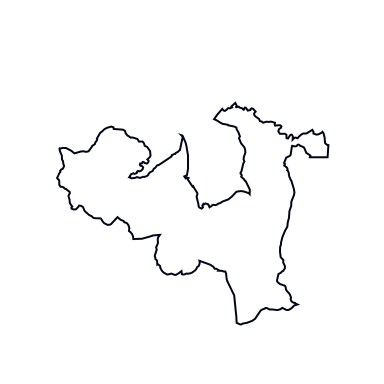 the district of Xochiltepec, Puebla, Mexico, rotated 112°
{"feature_id": "50627088B32786455313367", "entity_name": "Xochiltepec", "entity_type": "district", "adm_level": 2, "iso_a3": "MEX", "parent_name": "Mexico", "parent_adm1": "Puebla", "projection": "albers", "projection_center": [-98.341, 18.653], "detail": "fine", "context": "isolated", "style": "outline", "palette": "ink", "viewbox_px": 384, "rotation_deg": 112, "n_neighbors": 0, "source": "geoboundaries", "source_scale": "gbopen_adm2", "svg_char_len": 6035}
<svg xmlns="http://www.w3.org/2000/svg" viewBox="0 0 384 384"><g transform="rotate(112 192 192)"><path d="M272.2,197.0L271.7,196.7L272.4,194.2L272.7,193.8L274.4,192.8L276.5,190.1L277.3,188.1L277.8,184.3L277.5,183.4L275.4,180.6L275.3,177.0L274.9,175.9L272.3,173.9L269.3,172.1L272.0,170.6L271.8,169.2L271.4,168.4L269.7,166.6L269.5,165.6L268.2,163.3L266.7,161.7L263.4,159.7L262.2,159.3L259.4,159.0L258.3,158.1L256.8,158.0L254.6,158.4L253.0,159.3L252.6,147.7L253.4,144.0L254.6,142.4L254.6,141.9L254.1,140.9L254.5,137.1L254.8,137.3L254.0,135.0L253.8,132.8L253.3,131.3L254.8,129.9L260.1,127.0L261.2,126.1L272.0,114.2L291.0,104.2L296.6,101.6L296.7,97.8L296.5,97.0L294.9,95.5L292.5,91.8L288.9,87.9L285.9,86.0L276.0,83.9L274.0,82.2L272.8,80.7L272.0,80.5L271.6,79.6L271.8,75.8L270.9,73.8L269.5,68.6L267.6,66.1L265.6,64.9L266.0,60.6L265.5,58.9L265.0,58.1L262.5,56.2L258.9,54.7L256.8,52.1L256.7,54.0L256.3,54.8L256.6,56.4L256.1,58.9L254.4,60.4L252.7,60.7L250.8,62.4L249.6,64.0L248.5,66.5L247.3,68.2L244.6,70.0L244.1,71.0L244.4,75.9L243.5,78.8L242.9,79.6L242.0,80.1L235.7,81.1L233.6,79.4L231.9,78.7L231.1,77.9L228.1,77.3L226.0,78.0L223.2,81.0L220.8,81.9L219.3,85.3L214.5,88.0L210.0,89.7L207.7,89.8L205.5,90.5L199.8,91.3L192.9,91.2L188.5,90.6L184.4,91.8L179.7,92.4L173.2,94.5L167.7,94.8L164.7,96.0L163.0,96.3L156.6,96.3L153.9,96.9L150.9,98.8L144.2,104.2L143.6,105.3L142.2,106.5L141.4,107.5L137.6,109.8L136.6,110.8L136.2,111.9L135.0,112.0L134.5,112.3L133.7,113.4L132.9,116.4L131.9,116.2L131.4,116.7L130.8,116.7L130.5,117.5L124.8,117.5L123.0,115.8L121.5,114.7L120.6,114.5L111.9,116.5L111.6,116.4L111.3,114.3L110.8,112.9L110.1,112.1L108.9,111.9L108.3,111.3L108.1,110.2L108.6,109.3L108.6,105.4L109.4,104.1L112.9,100.7L113.7,96.4L114.1,95.7L115.6,95.7L109.0,79.3L97.4,83.1L97.7,84.3L97.0,86.6L96.5,87.1L91.6,89.6L88.1,92.2L87.3,93.6L88.5,94.0L91.1,96.4L92.1,97.8L92.3,101.3L91.0,101.7L89.3,103.7L94.8,107.7L96.2,110.9L97.5,112.0L100.8,113.7L102.5,114.2L102.8,115.0L102.7,116.0L103.2,117.2L105.7,118.3L102.7,119.3L101.5,120.9L101.9,121.9L103.0,122.4L106.4,123.0L106.7,124.5L103.6,125.9L103.2,127.6L105.1,132.3L103.4,134.7L101.2,134.9L99.1,133.6L97.6,133.7L97.1,135.0L97.6,136.6L99.3,139.8L98.5,140.6L96.7,141.0L97.1,144.9L98.2,147.0L99.1,149.6L101.1,152.0L100.6,153.7L100.8,155.7L99.2,157.1L98.2,161.4L97.6,162.7L96.5,163.7L95.1,163.7L93.7,163.1L92.0,166.4L92.1,168.1L93.1,168.7L94.2,168.6L95.6,170.8L94.8,171.6L94.9,172.1L93.7,173.6L93.9,174.6L96.3,174.8L96.5,175.1L95.6,176.7L95.9,179.7L95.4,180.6L95.7,181.5L96.5,182.1L96.8,182.8L96.7,183.0L95.5,182.6L93.2,185.2L97.8,187.5L98.5,186.5L100.2,188.1L100.6,189.7L101.1,190.2L102.3,190.5L104.5,191.9L104.6,193.3L103.6,195.1L110.7,197.5L116.2,198.8L116.3,195.9L117.2,191.2L117.3,188.9L116.4,184.9L116.3,183.8L116.6,183.4L115.5,177.5L115.6,175.0L116.9,174.3L119.5,171.1L122.5,168.4L124.4,168.6L124.8,168.3L128.5,164.7L131.0,160.1L133.0,158.5L135.5,157.3L140.2,157.0L142.3,156.5L144.0,154.9L146.5,155.1L154.3,153.9L156.1,154.2L156.8,153.8L157.3,152.6L158.0,152.1L159.4,152.1L160.8,148.3L161.5,147.6L161.8,146.9L161.8,146.3L168.1,139.3L172.3,137.8L171.8,138.7L172.1,144.1L172.9,147.2L174.8,150.5L175.6,151.1L181.5,153.4L185.2,155.5L189.3,160.0L191.7,161.7L193.2,163.6L193.8,163.7L195.1,165.0L195.4,165.4L195.9,167.4L196.6,168.3L197.5,168.5L199.6,170.0L197.4,172.3L197.5,175.1L199.4,176.5L199.0,177.0L200.7,177.3L202.2,176.1L203.8,176.9L203.6,179.4L202.9,180.4L201.2,181.3L194.6,186.0L191.8,186.2L190.8,186.9L186.9,192.3L186.1,193.0L186.8,193.5L181.4,201.4L180.4,200.7L180.4,202.2L181.7,203.1L180.4,205.0L178.2,203.0L171.9,204.4L159.4,209.5L151.0,214.7L148.6,216.5L143.6,221.5L143.2,222.4L143.3,223.3L144.2,221.3L157.6,218.9L158.2,219.4L159.3,219.7L160.1,220.1L162.0,221.8L162.9,221.8L163.5,222.8L165.5,224.6L166.6,224.3L167.4,224.7L179.4,232.9L180.2,234.2L183.9,235.4L184.6,236.1L187.3,236.4L189.3,238.2L191.4,239.1L192.4,238.9L194.2,239.9L195.9,241.9L196.3,243.2L197.3,244.1L198.5,245.8L198.8,248.6L200.4,250.3L201.9,253.1L201.9,254.6L201.1,255.0L201.5,255.7L198.4,255.2L196.6,253.3L196.8,252.2L195.3,250.4L194.7,250.5L193.9,250.2L193.7,250.5L193.1,250.3L192.7,249.9L192.5,248.4L191.3,247.1L189.0,246.3L187.5,246.5L187.2,246.8L186.7,248.2L186.9,249.8L186.1,250.6L184.9,250.7L184.4,249.2L183.6,248.9L182.6,249.0L182.4,248.8L182.5,247.0L182.8,246.4L182.6,244.9L182.5,244.5L181.4,243.9L180.6,243.7L179.2,244.0L178.5,245.6L175.6,244.2L173.8,244.1L169.8,246.2L167.0,250.5L166.9,253.1L164.9,254.7L164.0,256.1L163.8,256.9L165.1,260.0L163.3,262.5L163.6,266.5L164.0,268.3L164.6,269.4L164.1,271.0L163.7,273.3L162.4,275.5L160.4,277.1L160.1,279.5L162.9,288.2L161.5,289.0L161.6,291.4L164.4,294.9L166.5,296.7L169.4,298.0L171.6,299.3L178.0,300.2L178.3,300.1L178.4,299.7L179.0,299.5L180.6,299.7L182.4,300.2L184.0,300.0L186.7,301.8L187.7,301.8L192.7,303.1L193.3,303.5L194.5,305.4L194.9,307.9L195.9,309.9L200.2,315.5L199.0,319.3L198.4,325.3L199.7,328.7L200.4,329.4L201.0,330.5L201.2,331.9L201.3,331.1L203.8,329.6L207.0,326.3L210.2,324.9L211.1,324.1L211.4,323.4L214.7,321.4L215.6,320.4L217.3,320.3L218.8,320.5L220.1,321.6L221.9,322.2L222.3,321.7L222.8,321.6L224.9,322.2L227.6,322.1L229.5,322.4L230.3,321.3L230.3,320.5L231.3,319.3L235.1,317.7L236.4,315.8L236.0,314.9L235.8,312.7L236.4,311.8L236.6,310.8L236.4,310.0L237.8,305.4L238.8,304.8L241.4,305.1L242.2,304.9L244.9,302.7L247.7,301.3L248.5,300.5L250.4,297.5L251.4,298.0L252.1,297.8L252.6,297.3L252.5,295.0L251.6,293.2L248.7,291.9L246.9,291.6L246.4,289.7L246.8,287.4L249.5,284.8L250.2,283.5L251.9,278.6L252.0,276.0L252.7,274.6L252.9,273.4L252.6,272.0L250.8,267.1L250.8,266.3L252.6,264.1L253.8,261.7L254.1,258.1L253.2,256.1L252.2,255.1L243.2,251.6L243.9,249.8L244.5,247.7L244.5,244.5L245.4,243.5L245.2,241.3L245.4,240.5L246.4,238.7L248.9,236.6L251.8,235.8L252.4,233.7L253.4,231.9L255.4,229.9L257.6,228.8L254.1,220.9L248.0,213.0L247.0,212.1L243.8,205.7L246.8,206.4L248.9,206.0L252.1,204.4L256.7,204.5L258.9,203.0L260.7,203.1L262.7,202.7L263.5,202.9L264.6,202.7L265.4,202.5L266.6,201.4L267.7,201.0L268.7,198.7L272.2,197.0Z" fill="none" stroke="#020617" stroke-width="2"/></g></svg>